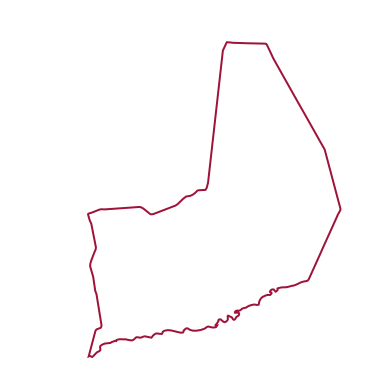 SVG path tracing the border of Alto Paraguay, rotated 76°
{"feature_id": "PRY-597", "entity_name": "Alto Paraguay", "entity_type": "Department", "adm_level": 1, "iso_a3": "PRY", "parent_name": "Paraguay", "parent_adm1": "", "projection": "equal_earth", "projection_center": [-58.696, -20.855], "detail": "fine", "context": "isolated", "style": "outline", "palette": "rose", "viewbox_px": 384, "rotation_deg": 76, "n_neighbors": 0, "source": "natural_earth", "source_scale": "10m", "svg_char_len": 3270}
<svg xmlns="http://www.w3.org/2000/svg" viewBox="0 0 384 384"><g transform="rotate(76 192 192)"><path d="M306.2,130.7L306.2,132.2L306.6,132.5L307.2,132.4L307.7,132.6L308.1,133.2L308.8,134.2L308.9,135.1L306.4,136.2L305.9,137.7L306.4,139.4L307.6,140.5L308.1,140.4L308.4,139.9L308.8,139.3L309.5,139.3L309.9,139.6L310.4,140.3L310.8,141.2L310.1,143.6L310.3,145.9L310.7,148.1L311.2,149.6L312.3,151.2L313.7,152.6L315.2,153.6L316.5,154.0L317.5,154.7L317.3,156.3L316.2,158.9L316.1,160.7L316.1,163.0L316.4,165.1L317.2,167.3L317.2,168.3L317.2,170.2L317.3,171.5L318.2,173.2L318.5,174.2L318.5,175.2L318.0,176.9L318.0,177.9L318.4,178.9L319.0,179.5L319.6,179.4L320.2,176.3L321.1,175.6L322.2,175.9L323.1,176.7L323.4,177.2L323.7,178.6L324.0,179.1L324.4,179.6L325.4,180.5L326.0,181.3L326.2,182.1L325.7,182.8L324.9,183.2L323.4,183.6L322.9,184.1L322.2,185.2L321.2,186.1L320.7,186.9L321.1,187.5L322.8,187.7L324.2,188.0L325.3,189.0L326.0,190.3L326.2,191.9L325.5,192.9L322.8,194.8L322.2,195.9L322.4,196.9L322.8,197.4L323.3,197.5L323.5,197.7L323.8,197.7L325.3,199.3L326.9,201.4L327.3,201.4L327.6,199.9L328.8,201.2L328.9,203.1L328.3,205.2L326.5,208.7L326.5,210.0L327.6,212.7L328.0,216.7L327.7,220.9L326.8,224.6L325.2,227.4L323.3,229.2L323.0,229.9L323.0,231.0L323.3,231.7L323.7,232.1L323.9,232.6L324.4,233.6L325.5,234.0L326.2,234.8L325.7,237.2L321.3,245.7L320.2,248.8L320.0,250.7L320.0,252.6L320.6,254.2L321.8,254.9L322.4,255.6L321.9,257.4L321.1,259.4L320.6,260.9L320.9,262.4L321.6,264.1L322.4,265.3L323.1,265.9L323.5,266.7L320.6,272.7L320.6,274.4L320.9,276.0L320.8,277.7L319.9,279.6L319.5,281.2L320.1,282.5L321.0,283.9L321.5,286.0L321.2,287.1L319.6,290.7L319.0,291.5L318.9,292.3L317.4,297.6L317.3,298.8L317.3,300.1L317.4,301.0L318.3,301.6L317.8,302.4L318.2,306.2L318.7,307.6L318.0,313.1L318.2,315.2L318.8,317.2L319.4,318.3L320.4,318.8L322.1,318.9L323.3,319.2L323.9,320.2L324.6,323.1L327.6,327.9L327.9,328.9L326.7,330.3L326.3,331.0L326.5,332.0L303.6,319.4L302.7,318.6L302.2,317.7L301.7,313.5L300.8,312.6L299.1,312.0L267.9,309.4L264.5,309.8L250.4,308.4L240.1,308.8L239.1,308.7L237.5,308.2L235.0,306.9L227.6,301.8L224.3,299.3L222.4,298.6L198.4,297.4L194.8,298.1L188.7,298.3L188.1,298.0L187.9,297.1L187.8,294.4L186.7,286.2L186.7,285.4L186.8,284.2L187.8,280.7L193.7,247.2L193.9,246.3L194.3,245.5L195.3,244.2L196.3,243.2L203.0,238.1L203.4,237.7L203.6,237.4L203.7,237.0L203.9,236.6L204.0,236.0L204.0,235.2L204.0,234.4L201.2,211.5L200.6,209.6L200.2,208.7L196.6,202.5L195.2,199.4L195.0,198.8L195.0,198.1L195.2,195.7L195.3,195.0L195.2,194.1L194.8,192.0L194.4,190.9L193.6,189.1L192.2,186.8L192.0,186.3L191.9,185.7L191.9,185.4L193.2,178.4L191.5,176.7L186.9,174.2L62.2,127.8L56.0,122.8L55.1,121.8L55.5,120.7L56.3,118.3L57.2,116.0L59.0,109.5L60.9,102.9L62.7,96.3L64.5,89.7L65.7,85.3L66.3,84.2L67.3,83.7L73.3,82.5L74.7,82.2L77.9,81.6L81.0,81.0L82.4,80.7L105.0,74.5L127.6,68.3L150.2,62.0L172.8,55.8L182.8,53.0L188.3,52.9L200.9,52.7L213.5,52.5L226.1,52.3L238.7,52.1L244.1,52.0L245.4,52.4L247.4,54.2L249.3,56.0L252.7,58.6L258.9,63.5L265.2,68.5L271.4,73.4L277.6,78.3L283.9,83.2L290.1,88.1L296.3,93.0L302.5,97.9L305.1,100.0L305.9,101.0L306.1,102.3L305.9,105.2L306.0,108.1L307.1,113.2L307.4,116.0L307.2,118.0L307.3,121.8L307.2,123.7L306.2,128.4L306.2,130.7Z" fill="none" stroke="#9f1239" stroke-width="2"/></g></svg>